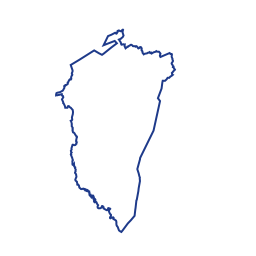 Binga, Matabeleland North, Zimbabwe, rotated 158°
{"feature_id": "62879985B54181646880786", "entity_name": "Binga", "entity_type": "district", "adm_level": 2, "iso_a3": "ZWE", "parent_name": "Zimbabwe", "parent_adm1": "Matabeleland North", "projection": "natural_earth1", "projection_center": [27.771, -17.692], "detail": "fine", "context": "isolated", "style": "outline", "palette": "blue", "viewbox_px": 256, "rotation_deg": 158, "n_neighbors": 0, "source": "geoboundaries", "source_scale": "gbopen_adm2", "svg_char_len": 5798}
<svg xmlns="http://www.w3.org/2000/svg" viewBox="0 0 256 256"><g transform="rotate(158 128 128)"><path d="M196.2,94.5L196.0,94.3L195.8,94.4L195.5,94.3L195.4,93.8L195.1,93.4L195.1,92.6L195.4,91.2L195.3,90.6L194.8,89.9L194.6,89.2L194.2,88.9L193.4,88.6L192.3,88.6L192.1,88.5L191.7,87.7L191.2,87.7L190.9,87.7L190.7,87.4L190.6,87.0L190.8,86.7L191.1,86.3L191.1,86.2L190.3,85.6L189.8,84.9L189.5,84.7L189.3,84.7L188.9,85.1L188.8,85.6L188.7,85.5L188.5,84.6L188.5,83.8L188.4,83.6L188.0,83.8L187.7,83.7L187.9,83.0L187.9,82.5L188.5,81.6L188.6,81.2L188.6,80.8L188.3,80.9L188.2,80.6L187.8,80.4L188.0,79.8L188.6,79.7L188.4,79.1L187.9,78.8L187.3,78.8L186.7,78.9L186.4,78.5L186.0,78.5L185.6,78.3L185.7,77.4L186.1,77.0L186.4,77.1L186.2,77.7L186.5,78.0L186.8,78.0L187.1,77.6L187.4,77.8L187.6,77.8L187.6,77.7L187.9,77.6L187.8,77.0L185.8,76.2L186.4,75.3L186.5,75.0L185.8,74.6L185.3,74.6L185.2,74.4L185.1,73.8L185.1,73.6L185.2,73.4L186.7,73.4L186.9,73.2L187.0,72.8L186.9,72.3L186.9,71.8L186.8,71.6L186.6,71.5L186.0,71.9L185.2,71.3L185.0,70.8L185.1,69.4L184.6,67.6L185.5,66.8L185.8,66.1L185.9,65.4L185.7,65.0L185.4,64.6L184.9,64.4L183.9,64.0L183.3,64.0L182.8,64.1L182.3,64.3L181.5,65.3L181.1,65.3L180.7,65.0L180.6,64.0L180.3,63.7L180.4,63.4L180.8,62.9L180.8,62.6L178.7,59.9L178.3,59.7L177.9,59.7L177.1,60.2L176.4,61.1L176.2,61.1L175.8,60.7L175.1,60.3L174.9,60.0L174.8,59.7L176.4,58.8L176.9,58.0L176.9,55.4L176.3,54.0L176.4,53.5L176.8,52.9L178.0,52.0L178.3,51.6L178.4,51.3L178.2,50.9L176.4,51.0L175.2,50.7L175.0,50.2L175.5,49.7L175.7,49.4L175.7,49.2L175.6,48.9L174.9,48.4L173.8,46.6L173.8,46.1L174.1,44.8L174.4,44.3L175.0,42.4L175.0,41.3L174.8,41.0L174.6,39.8L174.7,37.7L174.7,36.4L174.0,35.2L173.1,34.1L171.1,35.2L163.9,39.6L159.9,41.4L154.8,44.1L151.8,49.6L150.9,51.1L147.3,57.8L146.8,58.1L142.1,65.5L140.7,68.1L136.8,74.3L136.0,76.9L135.6,77.5L135.5,79.3L135.1,81.9L134.8,86.1L134.7,86.5L128.6,94.5L128.1,95.5L127.4,96.2L105.3,116.0L88.2,141.0L89.1,144.4L82.1,152.0L79.0,157.5L78.1,158.8L76.0,157.9L73.9,158.7L72.5,159.7L71.0,159.1L69.5,159.8L67.8,160.1L66.6,160.5L66.9,160.9L67.0,161.3L66.7,162.0L66.7,162.6L66.4,162.8L65.6,163.0L65.0,163.5L62.6,164.5L62.6,164.8L63.0,165.6L63.0,167.0L63.5,167.5L62.8,168.1L63.2,168.7L63.1,170.0L63.4,170.7L63.4,171.5L63.1,171.9L61.5,172.9L61.1,173.6L61.1,174.0L61.2,174.7L60.8,175.6L60.9,177.2L60.7,178.0L59.8,179.6L59.7,179.9L59.8,180.3L60.1,180.4L60.6,180.5L60.9,180.7L61.3,181.9L71.3,181.7L71.4,183.0L70.0,184.9L70.7,187.1L72.6,188.0L73.0,188.7L73.8,188.4L74.2,188.4L76.0,188.6L78.2,188.2L78.3,188.5L78.2,188.8L78.4,189.4L79.3,189.2L79.7,190.3L80.3,190.1L81.4,190.3L82.3,190.1L84.9,190.6L85.8,190.4L86.1,191.6L86.3,192.0L86.2,192.8L85.9,193.7L86.0,194.2L86.3,194.7L86.3,195.1L86.2,195.4L85.6,196.2L85.7,196.6L85.5,197.2L85.6,197.9L86.0,198.3L86.5,198.1L86.8,198.3L86.9,198.1L88.1,197.9L88.6,197.9L88.8,198.4L88.9,199.2L89.4,200.6L89.7,200.8L90.4,200.6L90.6,200.6L90.8,201.2L92.6,201.9L92.8,202.1L93.0,202.9L93.7,203.9L94.2,204.1L94.6,204.1L95.4,203.8L96.9,203.7L97.7,203.3L97.9,203.3L98.2,203.6L98.7,203.3L100.4,202.8L100.5,205.2L99.7,206.7L100.5,206.9L101.1,207.5L102.2,207.5L102.8,207.7L102.9,208.6L102.7,209.3L102.7,210.5L103.1,212.3L103.1,212.7L103.3,213.4L101.2,213.4L100.5,213.8L99.6,214.0L98.8,214.3L97.5,215.4L97.3,218.0L97.1,219.1L95.8,220.9L95.9,221.1L96.7,221.0L97.9,220.3L98.3,220.3L99.4,221.2L99.6,221.6L100.0,221.9L101.2,221.9L101.4,221.1L101.8,220.9L102.2,220.7L102.9,220.7L103.1,220.8L103.2,220.7L103.3,220.5L103.1,219.9L103.3,219.8L103.7,220.1L104.5,221.1L108.5,220.7L112.1,220.7L119.6,213.9L107.7,213.7L106.6,210.7L113.3,208.9L122.9,206.0L124.7,205.6L126.8,208.0L130.3,212.6L147.4,209.5L157.5,207.9L157.8,202.2L158.3,201.1L159.5,199.9L159.7,199.5L159.8,199.2L159.6,198.6L159.7,198.2L160.0,197.9L160.8,197.4L161.7,196.4L161.9,195.9L162.0,195.3L162.2,194.8L162.5,194.6L162.7,195.0L162.7,194.6L162.8,194.8L163.2,194.6L163.8,194.9L164.2,194.6L164.3,194.4L164.7,194.4L165.0,194.0L165.7,193.6L166.0,193.1L166.3,192.9L166.7,192.7L166.9,192.7L167.2,191.6L167.6,191.3L169.2,191.0L169.8,191.3L170.1,191.2L170.4,190.7L171.0,191.0L171.3,190.9L171.5,190.7L171.9,189.1L174.4,187.1L177.6,186.7L180.5,187.2L181.3,187.1L182.1,186.0L182.4,185.3L182.1,185.3L181.7,184.9L180.2,184.7L178.9,184.4L176.7,184.2L177.0,182.8L176.3,181.9L176.5,180.7L178.5,179.3L178.4,176.0L178.8,175.4L178.4,174.3L178.3,171.7L178.6,170.3L177.5,169.9L176.6,169.5L175.4,170.7L174.7,170.5L174.2,169.1L173.4,168.1L173.4,167.9L172.5,165.5L173.0,163.4L174.0,161.5L176.0,158.9L176.6,156.6L176.8,156.4L178.4,156.1L178.2,155.2L178.4,154.2L178.5,153.1L178.9,152.3L178.9,151.9L179.5,150.9L179.2,148.7L179.3,148.6L179.6,148.4L179.7,147.6L180.2,147.0L180.1,146.6L180.4,146.2L180.6,144.8L180.4,144.3L180.0,144.1L179.6,143.2L179.4,141.5L179.2,140.9L179.0,139.5L178.6,139.2L178.9,138.4L179.2,138.3L179.8,137.3L180.3,136.6L180.4,136.2L180.6,136.1L180.9,135.6L181.2,134.7L181.1,134.2L180.9,134.0L181.2,133.8L181.7,132.7L182.0,132.6L182.4,132.6L182.9,132.1L183.1,132.0L183.6,132.0L184.4,132.3L184.9,132.7L185.3,133.2L185.7,133.2L187.9,130.5L188.2,129.9L188.3,129.2L188.5,129.0L189.5,128.3L189.7,127.2L189.5,126.8L189.4,126.5L190.0,126.2L190.3,125.8L190.4,125.6L190.4,125.3L190.8,125.0L190.6,124.6L190.9,124.3L191.0,124.0L190.9,122.8L191.0,122.5L190.9,121.4L191.1,120.2L191.1,119.2L191.4,118.8L191.4,118.6L191.7,118.5L191.8,118.1L192.2,117.7L192.3,117.3L192.5,116.4L192.9,115.8L193.1,115.1L193.1,114.6L192.9,114.5L192.6,114.6L192.0,114.4L191.6,114.7L192.2,112.9L192.0,112.5L192.2,112.3L192.1,112.0L192.0,111.6L191.7,111.2L192.2,110.6L192.1,109.8L192.1,108.8L192.7,108.1L192.9,107.3L193.7,106.7L193.9,106.3L193.9,106.0L193.6,105.1L193.5,104.5L193.7,103.8L194.0,102.3L194.4,101.7L195.2,101.0L196.3,99.7L196.3,98.8L195.6,97.6L195.5,97.2L195.7,96.9L195.9,94.8L196.2,94.5Z" fill="none" stroke="#1e3a8a" stroke-width="2"/></g></svg>